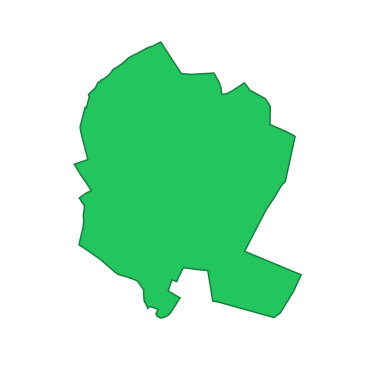 Katsina, Katsina, Nigeria, rotated 111°
{"feature_id": "59680162B91304502238334", "entity_name": "Katsina", "entity_type": "district", "adm_level": 2, "iso_a3": "NGA", "parent_name": "Nigeria", "parent_adm1": "Katsina", "projection": "mercator", "projection_center": [7.634, 13.019], "detail": "fine", "context": "isolated", "style": "filled", "palette": "green", "viewbox_px": 384, "rotation_deg": 111, "n_neighbors": 0, "source": "geoboundaries", "source_scale": "gbopen_adm2", "svg_char_len": 1550}
<svg xmlns="http://www.w3.org/2000/svg" viewBox="0 0 384 384"><g transform="rotate(111 192 192)"><path d="M63.2,275.0L69.8,281.0L73.1,285.0L83.8,294.3L89.3,299.3L97.4,303.3L101.9,306.5L106.2,309.8L111.1,310.8L117.0,314.2L120.4,317.1L121.5,317.1L123.5,319.0L129.2,319.5L138.1,323.6L140.0,322.0L150.9,320.8L151.1,322.1L158.3,321.3L170.9,319.9L172.7,319.1L176.0,317.1L180.7,313.9L189.8,307.4L199.0,300.8L202.6,305.1L208.3,311.8L216.3,301.5L219.0,297.3L222.5,292.4L224.2,290.1L226.2,287.4L227.0,286.5L228.9,288.5L231.1,290.5L238.0,295.1L242.4,289.0L242.7,288.8L242.4,287.8L245.0,287.0L248.2,286.1L252.5,285.2L258.2,282.6L265.0,280.8L267.1,280.6L274.9,279.6L281.7,278.6L283.6,270.3L284.3,267.3L285.6,262.0L287.7,253.7L294.2,235.7L295.4,231.5L294.6,222.0L294.4,215.3L294.6,211.0L297.5,206.8L300.8,201.9L305.2,200.4L307.1,199.3L308.7,198.7L311.7,197.0L312.2,196.0L312.9,195.0L314.2,194.0L315.0,192.7L316.5,191.6L314.0,190.4L313.7,183.4L313.7,181.8L318.6,182.0L320.6,179.7L320.8,175.8L318.9,173.1L316.5,170.7L314.5,169.5L312.6,168.8L295.1,165.2L292.9,178.8L281.2,179.3L281.3,177.9L281.1,174.2L276.3,174.0L265.8,173.0L263.3,163.0L263.4,162.6L259.7,149.1L286.4,133.5L285.3,128.3L279.8,70.4L273.2,66.2L256.5,63.1L248.1,61.6L235.5,60.8L230.2,60.4L228.5,121.6L182.3,116.5L166.6,112.9L154.1,110.9L148.6,108.7L103.3,115.6L103.0,116.3L101.8,125.0L101.1,143.3L83.9,149.7L78.6,157.1L76.2,174.5L71.3,182.1L82.9,190.5L87.5,194.4L90.3,199.1L84.6,202.1L80.4,205.4L73.1,214.2L82.4,234.6L85.3,244.4L63.2,275.0Z" fill="#22c55e" stroke="#15803d" stroke-width="1.5"/></g></svg>